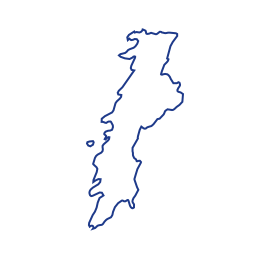 an SVG outline of Harju, rotated 295°
{"feature_id": "EST-1654", "entity_name": "Harju", "entity_type": "County", "adm_level": 1, "iso_a3": "EST", "parent_name": "Estonia", "parent_adm1": "", "projection": "equal_earth", "projection_center": [24.879, 59.328], "detail": "fine", "context": "isolated", "style": "outline", "palette": "blue", "viewbox_px": 256, "rotation_deg": 295, "n_neighbors": 0, "source": "natural_earth", "source_scale": "10m", "svg_char_len": 3495}
<svg xmlns="http://www.w3.org/2000/svg" viewBox="0 0 256 256"><g transform="rotate(295 128 128)"><path d="M21.9,138.8L23.1,139.0L24.2,137.9L24.3,136.7L23.6,135.6L22.4,135.0L23.5,133.6L25.6,132.9L34.1,132.8L38.2,133.4L42.6,133.2L47.6,132.1L52.5,131.8L56.5,134.3L58.3,131.7L57.6,129.6L51.5,124.5L50.7,123.4L51.0,122.1L52.2,120.9L53.5,120.2L54.9,120.0L56.5,120.2L59.2,121.4L64.5,124.9L67.3,125.6L70.0,124.8L69.2,122.8L66.7,120.7L64.4,119.4L66.3,118.7L74.7,118.3L78.0,117.5L79.1,116.1L80.3,112.4L80.7,111.6L86.9,110.7L89.1,110.9L91.0,111.7L94.4,114.2L96.3,114.7L98.1,114.2L99.6,113.2L101.1,112.5L102.9,112.8L108.3,115.2L110.0,115.5L111.7,115.0L111.4,114.0L109.8,113.0L108.1,112.5L108.1,111.6L110.6,111.8L111.6,111.5L112.0,110.4L112.3,109.2L113.1,108.8L114.2,108.9L115.3,109.3L117.0,111.0L118.2,113.0L119.7,114.3L122.4,114.0L123.5,113.4L124.1,113.0L126.3,110.1L126.5,109.5L125.7,107.8L125.0,107.1L124.2,106.6L123.4,106.1L123.1,105.0L123.1,104.0L123.0,103.2L122.8,102.4L122.4,101.5L125.3,100.3L129.0,102.1L135.4,107.0L137.8,107.4L145.2,106.2L147.4,106.6L151.3,108.2L153.3,108.6L155.1,108.0L154.3,105.0L155.6,103.8L157.8,103.9L162.5,105.7L182.8,109.3L182.2,106.7L183.5,105.2L185.8,104.7L194.7,104.7L195.7,104.3L195.6,103.5L194.9,102.7L193.9,102.4L191.2,100.3L189.8,95.7L189.4,91.2L190.0,89.1L191.7,89.9L194.8,93.7L196.6,94.6L198.6,95.1L200.2,96.3L203.1,99.2L205.2,100.2L208.3,100.8L211.1,100.5L212.2,98.4L211.5,96.5L210.0,95.2L209.0,93.7L209.5,91.4L208.9,91.3L208.1,90.9L207.6,90.7L209.9,89.0L212.8,89.5L218.1,92.9L217.4,93.8L218.6,95.2L219.4,98.0L220.7,99.2L222.5,99.8L223.5,99.6L223.6,100.1L223.6,102.7L223.1,103.3L221.4,104.6L221.3,105.3L221.5,105.9L222.4,107.2L222.8,107.6L224.0,108.7L224.7,113.3L224.9,113.9L225.8,114.7L228.6,116.1L228.9,116.7L229.1,117.6L228.9,118.4L229.3,119.8L229.4,120.7L229.8,121.9L230.4,122.8L231.4,124.1L232.0,125.4L234.0,131.1L234.1,131.7L234.0,132.8L232.2,133.7L224.8,132.2L220.1,131.9L207.5,134.1L207.4,135.6L206.8,135.7L205.8,135.8L204.3,135.5L200.6,134.2L193.9,134.7L190.7,135.2L190.5,135.6L190.7,136.3L191.7,137.4L192.7,138.8L193.3,141.1L192.9,142.6L192.1,144.2L190.4,146.2L187.8,150.2L189.2,153.2L189.6,153.6L190.8,154.3L190.8,155.5L190.3,156.0L189.5,156.7L188.5,157.1L187.1,157.0L185.5,156.7L183.3,156.7L182.4,157.3L182.1,158.3L182.5,160.7L182.0,163.5L174.7,166.2L170.7,164.9L167.7,163.2L164.7,162.0L163.4,161.1L162.8,160.2L162.7,159.4L162.4,158.8L162.3,158.0L162.0,157.3L161.7,156.0L160.1,155.0L159.0,154.5L158.1,154.5L157.5,154.6L155.4,154.6L149.8,152.7L148.5,150.9L142.2,149.5L139.9,148.5L139.4,148.1L138.5,147.0L136.8,145.2L135.0,144.3L134.4,143.3L134.3,142.2L134.9,139.5L131.3,139.4L124.8,140.5L123.4,140.9L122.7,141.4L112.0,140.5L108.9,141.9L107.5,143.0L105.6,143.9L104.9,144.5L103.4,146.3L102.9,148.6L101.6,149.9L101.8,150.5L102.4,151.1L103.1,152.1L103.3,152.7L102.6,154.2L101.7,154.3L94.7,153.9L89.7,154.6L84.4,155.4L83.5,156.1L78.3,161.1L76.3,163.5L69.8,163.2L66.8,162.6L64.6,162.7L63.3,163.1L62.7,163.6L62.2,164.2L62.0,164.7L61.2,165.8L58.5,167.0L57.4,166.3L57.1,165.8L57.1,165.2L57.4,164.1L58.0,163.2L58.6,162.5L62.4,159.1L62.7,158.6L62.7,158.3L62.3,157.8L61.3,157.2L60.3,156.4L59.9,155.3L60.0,154.5L59.9,153.6L59.6,153.1L55.7,150.8L50.7,149.6L45.6,149.9L43.1,150.5L42.2,150.6L39.9,150.3L36.7,147.7L35.4,147.0L33.3,146.3L30.3,145.8L29.2,145.2L27.6,142.8L26.5,141.7L23.5,140.5L22.0,138.9L21.9,138.8ZM98.0,97.2L99.5,98.8L101.3,101.8L100.6,102.9L98.1,103.3L95.5,101.6L95.3,99.4L96.6,97.4L98.0,97.2Z" fill="none" stroke="#1e3a8a" stroke-width="2"/></g></svg>